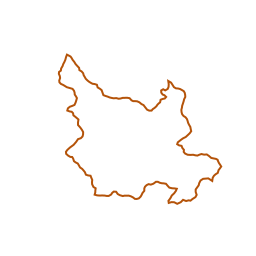 the district of Cabo Verde, Minas Gerais, Brazil, rotated 244°
{"feature_id": "56859067B98628582870895", "entity_name": "Cabo Verde", "entity_type": "district", "adm_level": 2, "iso_a3": "BRA", "parent_name": "Brazil", "parent_adm1": "Minas Gerais", "projection": "albers", "projection_center": [-46.381, -21.483], "detail": "fine", "context": "isolated", "style": "outline", "palette": "amber", "viewbox_px": 256, "rotation_deg": 244, "n_neighbors": 0, "source": "geoboundaries", "source_scale": "gbopen_adm2", "svg_char_len": 3329}
<svg xmlns="http://www.w3.org/2000/svg" viewBox="0 0 256 256"><g transform="rotate(244 128 128)"><path d="M202.7,88.9L200.8,87.0L199.1,86.4L197.1,87.0L195.0,88.7L193.1,89.9L191.5,90.9L189.8,92.8L187.5,95.3L185.1,95.8L183.2,95.5L181.4,94.8L179.2,95.1L177.3,95.2L175.8,93.9L173.9,92.1L172.2,90.0L172.3,87.7L172.6,85.0L172.0,82.6L170.3,81.1L168.4,82.9L167.3,84.5L165.4,85.1L163.3,84.5L161.3,85.5L159.7,86.2L157.4,87.2L154.9,85.5L152.6,84.4L149.4,85.3L146.4,85.8L144.0,85.9L141.9,84.8L140.3,83.4L139.5,81.1L139.9,78.2L138.2,75.2L136.7,71.7L135.9,67.3L134.9,63.9L133.8,61.8L131.9,61.1L129.4,62.1L127.3,63.5L126.4,65.1L124.6,65.3L121.9,64.9L120.1,65.8L118.1,67.3L115.8,67.5L113.6,67.6L111.3,68.9L109.4,69.4L107.2,69.9L104.5,69.7L102.9,71.3L101.5,73.4L99.3,73.2L97.0,73.1L95.3,72.0L93.2,71.1L90.1,71.1L88.0,72.5L86.2,71.3L84.4,70.3L82.7,68.8L81.0,70.7L79.7,72.9L78.7,75.2L77.5,77.4L76.4,78.9L75.4,80.9L75.6,83.7L76.6,85.3L77.1,87.3L75.9,89.4L73.2,89.8L71.2,91.2L69.1,93.5L68.7,95.3L67.8,97.1L66.9,99.0L65.4,100.6L63.4,102.1L61.3,103.1L60.4,104.7L60.0,106.9L60.8,109.3L61.9,110.9L63.2,112.5L64.4,115.1L66.6,116.2L67.8,117.6L68.5,119.7L68.5,121.9L67.1,123.7L66.8,126.4L67.4,129.5L66.5,131.3L64.8,132.6L63.5,134.2L62.6,135.8L61.2,137.7L58.7,138.3L56.3,139.0L54.5,141.2L53.2,143.5L52.0,145.2L50.5,143.5L49.1,140.9L48.1,137.7L46.7,135.9L45.7,134.2L44.8,132.4L42.8,131.8L42.3,134.6L41.0,137.0L38.3,139.0L38.2,142.9L39.3,146.0L36.9,148.2L36.4,150.8L35.3,152.3L35.9,154.8L36.3,158.3L37.8,160.4L40.9,160.8L43.1,161.9L45.5,166.4L47.3,167.9L49.0,170.2L49.4,173.2L47.5,178.1L43.5,180.5L46.1,182.3L47.4,184.3L48.0,186.4L48.3,189.0L50.5,191.0L51.3,192.7L52.5,194.9L54.6,194.7L56.6,194.4L58.5,194.4L60.2,194.6L61.7,193.5L62.9,191.9L64.6,189.7L67.4,188.5L69.7,187.2L70.7,184.7L72.4,182.6L72.7,180.5L72.8,178.3L73.9,176.6L75.4,174.8L76.4,172.4L77.8,169.9L80.0,168.1L82.1,167.6L83.9,168.7L86.1,168.1L88.5,168.3L90.0,166.3L91.9,165.1L93.3,166.5L93.7,168.3L94.2,170.6L94.6,173.1L94.6,175.9L95.4,178.6L96.2,181.1L97.4,183.4L99.5,183.9L101.7,184.5L104.1,184.3L106.3,184.3L108.4,184.7L110.2,184.9L112.5,184.4L114.4,183.2L116.6,182.7L118.8,183.1L120.9,183.9L122.8,185.5L124.2,186.4L125.8,188.0L127.6,189.7L129.2,191.0L130.8,193.1L132.7,193.9L134.7,194.4L136.6,194.3L138.2,193.3L140.2,191.9L141.5,190.4L142.6,188.5L144.6,187.2L147.5,186.9L149.9,186.6L152.6,184.8L149.5,183.8L147.2,182.5L145.7,180.8L145.5,177.9L147.4,176.6L147.2,174.3L145.2,173.4L142.9,173.8L141.5,175.1L139.2,175.9L138.4,174.0L138.9,171.9L139.1,169.7L137.0,168.1L136.6,166.3L136.0,164.6L135.1,163.1L134.4,160.7L134.1,158.5L133.3,156.8L134.3,154.7L136.1,153.2L139.3,152.5L141.8,152.0L143.6,150.6L146.1,149.5L148.0,147.9L149.0,146.2L149.9,144.4L151.3,143.3L154.1,142.5L155.6,140.4L156.4,138.6L157.4,136.4L157.8,134.1L158.4,132.4L160.0,130.6L161.0,128.1L162.1,126.6L163.5,124.9L165.1,123.5L166.7,121.8L168.3,120.3L171.1,120.6L173.6,120.9L175.5,120.0L177.8,118.5L180.5,119.0L182.2,117.2L183.3,115.5L185.0,114.3L186.6,113.3L188.5,112.4L190.8,111.6L192.8,111.5L194.8,111.3L196.9,111.7L199.2,111.1L201.3,109.7L203.5,110.4L205.7,109.7L208.5,108.9L210.9,108.7L213.6,108.1L215.6,108.0L217.4,107.7L219.1,106.5L220.7,105.3L218.9,103.4L216.8,101.6L215.1,99.6L213.9,97.9L212.3,96.3L210.8,94.0L209.0,92.8L208.6,90.6L207.0,89.6L204.6,89.5L202.7,88.9Z" fill="none" stroke="#b45309" stroke-width="2"/></g></svg>